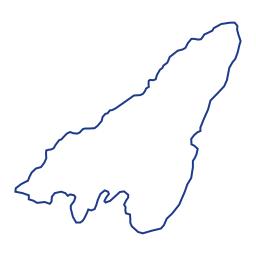 outline of Bach Long Vi, Vietnam
{"feature_id": "81297802B40834484476285", "entity_name": "Bach Long Vi", "entity_type": "district", "adm_level": 2, "iso_a3": "VNM", "parent_name": "Vietnam", "parent_adm1": "", "projection": "albers", "projection_center": [107.73, 20.135], "detail": "fine", "context": "isolated", "style": "outline", "palette": "blue", "viewbox_px": 256, "rotation_deg": 0, "n_neighbors": 0, "source": "geoboundaries", "source_scale": "gbopen_adm2", "svg_char_len": 1975}
<svg xmlns="http://www.w3.org/2000/svg" viewBox="0 0 256 256"><path d="M76.1,222.5L80.2,222.5L82.6,220.9L84.1,218.7L85.6,215.8L87.1,212.6L88.3,209.5L91.3,210.4L94.6,209.1L96.3,205.0L97.8,199.9L100.5,193.9L104.7,190.4L108.0,191.7L108.9,193.9L105.9,198.0L104.4,201.2L105.6,202.5L110.1,200.9L115.4,196.1L119.9,192.0L124.1,191.4L128.2,194.8L128.2,197.4L125.9,200.9L124.1,204.7L125.6,207.2L125.3,210.1L125.9,213.3L130.0,214.5L130.3,218.7L130.3,222.8L131.8,226.3L138.1,232.0L142.9,233.3L151.8,230.7L161.0,228.5L164.0,225.0L166.7,218.7L172.1,213.6L179.2,204.7L184.9,191.4L187.3,184.4L191.2,178.0L192.9,167.2L192.9,160.9L195.0,157.7L196.5,154.2L197.7,148.8L194.1,145.6L191.5,144.4L191.2,139.0L194.1,135.1L197.4,132.3L200.4,131.0L200.4,127.5L203.7,119.3L208.1,109.4L210.5,100.5L218.0,92.9L224.2,86.2L226.9,80.2L229.3,67.8L232.6,62.1L235.3,58.9L237.7,52.3L239.4,45.0L240.6,41.1L238.3,34.2L237.1,29.7L237.4,25.9L234.7,22.7L229.9,22.7L221.3,24.0L213.8,28.1L212.3,30.7L208.4,32.6L204.3,34.5L202.2,37.7L201.0,39.2L198.3,39.6L194.4,38.9L191.4,38.9L187.9,43.1L185.5,47.8L182.8,49.4L177.7,50.7L169.7,57.0L168.8,59.3L167.3,62.7L163.4,65.6L162.5,67.8L159.8,70.0L156.9,75.1L155.7,79.3L153.3,80.2L150.0,79.9L148.8,80.8L148.5,83.4L148.8,86.9L146.1,88.5L144.9,91.3L142.9,93.9L140.2,95.1L133.9,95.5L130.0,98.3L115.4,108.5L112.1,110.1L109.8,110.4L107.7,113.2L105.3,113.9L102.6,117.0L101.7,120.9L97.5,125.9L94.6,128.2L89.5,128.5L85.0,128.5L82.9,129.1L79.6,132.6L77.3,133.6L73.1,133.2L70.1,132.0L66.8,133.6L63.2,137.4L61.5,139.3L59.1,140.2L55.5,145.0L53.7,148.2L51.3,149.4L48.6,149.8L46.3,150.4L46.0,153.2L46.3,158.3L44.3,162.7L41.0,167.1L35.9,168.5L31.7,172.5L29.6,176.5L28.0,180.6L21.2,184.1L15.8,188.2L15.4,191.7L22.5,193.1L28.8,195.3L28.8,199.3L33.4,200.7L37.2,202.9L44.7,202.0L49.8,203.8L51.5,201.6L51.9,196.7L54.8,193.1L61.1,191.7L65.3,193.1L67.8,195.8L70.3,194.4L74.1,195.3L75.4,197.1L74.1,201.1L70.8,205.6L70.8,208.7L72.9,216.8L76.1,222.5Z" fill="none" stroke="#1e3a8a" stroke-width="2"/></svg>